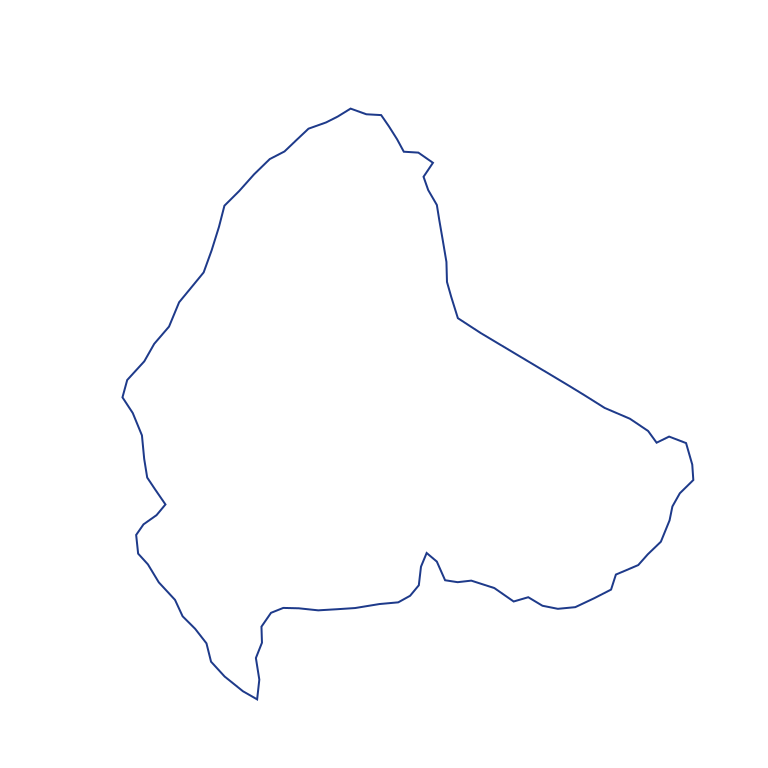 the district of Arujá, São Paulo, Brazil, rotated 346°
{"feature_id": "56859067B32247478352498", "entity_name": "Arujá", "entity_type": "district", "adm_level": 2, "iso_a3": "BRA", "parent_name": "Brazil", "parent_adm1": "São Paulo", "projection": "albers", "projection_center": [-46.318, -23.38], "detail": "fine", "context": "isolated", "style": "outline", "palette": "blue", "viewbox_px": 768, "rotation_deg": 346, "n_neighbors": 0, "source": "geoboundaries", "source_scale": "gbopen_adm2", "svg_char_len": 1402}
<svg xmlns="http://www.w3.org/2000/svg" viewBox="0 0 768 768"><g transform="rotate(346 384 384)"><path d="M662.8,514.4L647.9,504.0L634.3,506.9L628.9,493.5L614.2,477.2L592.3,460.6L575.8,443.4L560.3,427.7L490.3,358.1L471.6,338.0L470.3,315.6L469.8,300.2L474.1,280.7L475.9,257.4L477.3,238.2L478.6,223.1L473.8,206.5L472.5,192.5L485.0,181.2L473.3,167.8L459.4,163.4L455.9,149.7L451.1,135.2L446.3,122.4L432.1,118.0L418.2,108.7L403.8,113.3L391.0,116.2L372.5,118.0L358.1,126.1L343.7,134.3L327.6,138.1L308.7,149.1L290.2,161.7L272.3,172.4L261.9,191.6L249.1,212.6L236.0,232.1L220.8,243.4L205.0,255.1L189.3,276.3L170.8,289.4L156.9,304.0L135.8,318.0L127.0,333.7L133.2,351.4L136.7,375.3L133.2,398.6L131.6,417.5L136.4,430.9L142.8,448.0L131.6,456.2L116.7,462.0L107.0,470.5L104.4,489.1L111.3,501.9L117.5,522.0L129.0,542.9L132.4,560.7L141.5,575.8L149.0,592.7L149.0,611.6L158.6,629.3L172.8,648.0L184.6,659.3L191.5,640.7L193.4,618.9L203.0,605.5L206.4,589.8L219.0,578.7L232.1,576.9L247.0,581.0L265.4,587.7L284.1,591.2L301.8,594.4L326.3,596.4L345.0,599.3L358.1,595.8L369.1,587.7L375.7,570.2L384.5,558.3L392.3,569.1L395.8,589.2L407.5,594.1L421.1,595.9L441.7,608.7L457.2,626.4L472.4,625.8L484.1,637.5L498.3,644.2L515.6,646.8L536.2,642.7L554.6,638.4L562.9,625.0L586.9,621.2L598.7,613.1L614.5,604.0L628.1,585.4L634.2,572.6L644.6,561.6L660.9,552.0L663.6,536.8L662.8,514.4Z" fill="none" stroke="#1e3a8a" stroke-width="2"/></g></svg>